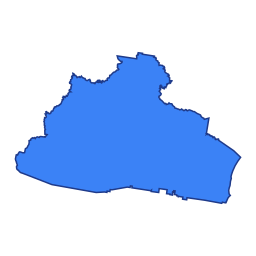 outline of Bellingen, New South Wales, Australia
{"feature_id": "25037944B1782787006296", "entity_name": "Bellingen", "entity_type": "district", "adm_level": 2, "iso_a3": "AUS", "parent_name": "Australia", "parent_adm1": "New South Wales", "projection": "albers", "projection_center": [152.743, -30.374], "detail": "fine", "context": "isolated", "style": "filled", "palette": "blue", "viewbox_px": 256, "rotation_deg": 0, "n_neighbors": 0, "source": "geoboundaries", "source_scale": "gbopen_adm2", "svg_char_len": 5674}
<svg xmlns="http://www.w3.org/2000/svg" viewBox="0 0 256 256"><path d="M21.7,172.9L51.9,184.6L96.2,192.5L104.5,192.0L106.9,192.4L107.1,191.1L109.9,191.6L110.2,189.6L112.0,189.8L127.3,187.1L130.1,187.5L130.4,185.9L132.2,186.2L131.9,187.8L150.8,190.7L151.4,190.2L151.2,191.5L158.7,192.5L159.2,188.6L167.1,189.7L166.6,193.7L170.0,194.1L169.9,194.6L172.5,195.1L172.8,193.4L172.4,193.3L172.6,191.9L173.4,192.1L173.7,190.7L175.1,190.9L174.5,194.5L176.7,194.9L177.0,195.3L176.8,195.4L176.8,195.8L177.8,195.9L178.1,196.5L178.2,196.3L182.9,197.1L182.6,199.2L186.7,199.8L187.0,197.7L204.7,200.2L221.7,203.3L222.3,202.7L222.4,202.2L225.3,202.8L225.5,202.4L226.0,202.6L227.9,198.1L229.3,196.3L230.3,195.5L229.1,193.9L228.7,190.3L229.3,187.6L230.0,185.6L230.5,181.2L231.3,178.4L231.0,176.8L231.6,174.3L232.8,170.8L235.1,165.7L237.7,161.4L240.6,157.3L233.7,150.7L218.5,140.2L218.7,139.3L218.2,138.9L217.3,139.2L216.2,139.1L216.1,139.5L215.4,139.5L215.1,138.9L215.2,138.5L214.6,137.3L214.1,136.9L213.4,137.0L213.3,137.3L212.8,136.8L212.7,137.0L212.5,136.5L212.0,136.5L211.8,136.0L211.1,136.0L211.2,135.8L210.6,135.6L209.7,135.5L209.5,135.4L209.8,135.0L208.9,134.3L208.0,134.1L207.8,134.3L207.6,134.0L207.4,134.2L207.2,133.9L206.7,134.2L206.8,134.0L206.7,133.8L206.6,134.0L206.2,133.8L206.1,133.5L206.4,133.3L208.9,118.1L204.3,119.3L204.0,118.8L203.9,118.3L202.2,117.5L201.0,116.4L200.8,115.4L200.2,114.8L197.0,113.4L194.4,111.6L193.0,111.5L191.8,110.7L190.4,110.4L190.0,110.0L189.3,109.9L188.0,110.3L187.7,110.8L186.7,110.5L186.2,109.7L185.4,109.6L184.5,110.5L183.7,110.6L183.4,110.2L182.1,109.6L181.7,109.0L180.8,109.6L179.6,109.8L178.6,109.1L177.8,109.1L176.5,108.4L174.9,108.1L174.6,107.0L172.4,105.3L172.4,104.6L171.8,103.8L169.6,103.6L169.0,102.9L167.8,104.3L166.9,104.2L166.3,104.5L166.1,103.8L165.7,103.4L164.7,103.7L161.7,100.5L159.9,99.3L159.8,98.4L159.0,97.7L158.8,96.8L159.2,96.4L159.3,95.9L159.8,95.8L160.8,94.9L161.2,93.9L161.0,93.4L160.4,93.0L160.1,92.1L159.2,91.3L159.8,90.2L161.0,89.5L160.6,89.6L160.6,89.1L160.3,89.1L160.2,88.6L159.6,88.4L160.2,87.2L159.9,86.3L160.0,85.8L160.5,85.3L160.9,85.3L160.8,85.8L161.4,86.1L161.4,87.1L161.9,86.6L162.4,88.0L163.6,88.6L164.4,88.8L164.6,88.4L164.0,87.3L164.6,87.0L165.9,87.4L165.8,86.7L166.5,86.2L166.8,85.6L166.7,84.7L167.2,84.5L167.0,84.0L167.2,83.7L169.0,83.6L169.4,82.3L170.5,83.1L171.1,81.6L171.6,81.4L171.9,80.8L170.8,80.6L170.2,80.9L169.6,80.4L169.5,80.0L169.7,77.9L169.3,77.7L169.1,77.1L168.6,76.9L168.4,76.3L168.0,76.1L169.1,75.6L169.1,75.3L168.4,75.3L168.4,74.2L167.6,73.9L165.8,72.8L164.8,71.8L164.7,71.5L165.1,70.4L164.6,69.9L164.8,69.3L163.2,68.8L163.2,68.5L163.9,67.8L164.3,68.0L164.6,67.7L164.3,66.8L163.7,66.2L162.7,66.0L162.3,65.4L161.4,65.4L160.6,65.1L159.1,65.4L158.9,63.7L159.2,62.9L158.0,62.0L157.8,61.0L156.3,60.3L155.8,58.9L156.2,58.3L155.7,57.5L154.2,57.5L153.7,57.1L154.3,56.6L154.4,56.1L142.3,54.2L142.5,53.3L138.2,52.7L137.8,54.2L138.3,54.5L138.1,55.0L137.0,55.2L136.5,55.8L136.8,57.8L136.7,58.8L117.2,55.9L117.8,58.2L118.4,59.4L120.5,61.2L121.2,61.5L121.9,61.3L122.1,61.8L121.9,62.5L121.4,63.0L119.8,63.8L117.9,64.0L117.6,64.5L117.4,65.2L117.7,66.0L117.5,66.3L117.6,66.7L117.3,67.3L117.9,68.3L118.4,68.6L118.8,69.4L118.1,70.0L117.2,70.0L116.6,70.3L116.4,70.8L115.9,71.0L114.9,72.0L113.5,72.3L110.8,75.1L109.7,75.4L109.7,76.4L109.2,77.9L107.8,78.0L107.3,78.6L107.1,78.9L107.3,79.2L107.3,80.3L105.5,80.5L104.3,81.8L103.2,81.4L102.9,80.6L102.4,80.6L101.7,81.3L101.7,81.6L102.2,82.1L101.7,82.9L101.3,82.5L100.6,82.4L101.0,82.2L100.7,81.5L99.8,81.6L99.7,81.8L99.0,81.8L99.1,81.3L100.0,80.6L99.8,80.3L98.9,80.2L98.6,80.5L97.7,80.4L97.1,81.1L97.7,82.3L96.2,82.0L94.7,82.9L95.1,83.4L95.0,83.6L94.3,83.5L93.5,82.9L91.3,82.8L90.3,81.6L90.4,81.0L90.1,80.8L90.2,80.2L89.7,79.4L88.3,79.9L87.4,80.6L86.9,80.6L85.3,79.7L85.3,78.9L84.9,78.4L84.0,78.4L83.5,77.9L82.5,77.7L81.4,76.1L80.1,77.5L79.7,77.3L79.4,76.7L78.7,77.0L77.7,77.0L77.1,77.6L75.8,75.5L74.7,75.1L73.9,73.8L72.9,73.3L72.9,74.0L74.1,75.5L72.7,75.6L71.8,76.2L71.6,77.0L72.3,77.2L72.4,77.9L71.9,78.4L71.7,79.0L70.7,79.7L70.7,81.8L70.4,81.9L70.0,81.7L69.5,82.7L69.7,83.3L70.7,83.7L71.6,84.5L71.4,86.0L71.0,86.6L71.2,87.2L70.8,87.8L71.0,88.6L70.9,89.0L70.5,89.4L69.5,89.6L69.2,90.5L70.8,91.8L69.3,91.9L69.0,92.6L68.0,93.5L68.2,94.1L68.1,94.8L67.5,95.3L66.6,95.4L67.0,96.3L65.4,96.4L65.2,97.4L64.8,97.2L64.3,97.4L64.2,96.5L63.4,96.4L63.4,96.8L62.7,97.3L63.4,98.2L63.4,99.6L63.2,99.6L62.8,99.2L62.2,99.6L62.2,100.7L61.0,103.7L60.6,103.9L60.4,104.4L59.7,104.5L59.1,105.4L58.7,105.3L58.1,105.9L56.9,105.8L55.9,106.9L55.2,106.7L54.4,107.2L54.5,107.9L53.8,108.3L52.9,110.8L52.6,111.1L51.6,111.1L51.2,111.4L51.0,112.8L50.3,113.0L50.1,113.6L49.1,113.8L48.1,112.7L47.5,113.0L46.6,111.6L45.8,111.9L46.1,113.0L46.4,113.2L46.4,113.8L45.2,114.0L45.8,114.7L45.6,115.1L46.1,115.8L46.3,116.9L45.4,117.9L44.9,118.0L44.6,117.8L44.5,118.9L44.2,119.5L44.5,120.6L43.9,121.3L44.3,122.2L44.3,123.1L44.5,123.3L44.3,124.6L44.5,125.1L44.4,125.4L45.0,125.9L44.9,126.6L44.6,126.9L44.6,127.8L45.0,128.2L45.0,129.4L45.3,129.6L44.8,130.1L44.9,134.2L47.2,134.6L47.0,134.9L46.1,135.7L45.2,137.0L44.6,136.7L44.5,137.0L40.7,136.5L39.8,136.7L39.4,137.4L39.1,137.5L37.7,136.9L36.9,137.0L35.9,137.6L35.2,138.6L34.3,137.6L33.3,138.2L32.6,137.8L32.1,138.3L31.6,138.3L30.7,139.3L30.6,140.3L29.4,140.4L29.0,140.7L29.2,142.1L28.8,144.5L27.7,146.2L27.1,147.7L25.4,148.7L24.6,152.6L23.9,152.8L22.5,152.7L20.6,152.0L19.4,151.9L18.2,153.6L17.8,154.7L17.0,154.7L17.0,155.1L16.2,155.0L15.4,159.0L15.8,160.7L16.5,162.1L16.4,162.5L17.4,165.2L17.3,165.6L16.7,166.0L16.5,166.5L16.6,168.1L17.0,169.3L17.7,170.0L18.2,170.1L19.6,171.8L21.2,172.9L21.7,172.9Z" fill="#3b82f6" stroke="#1e3a8a" stroke-width="1.5"/></svg>